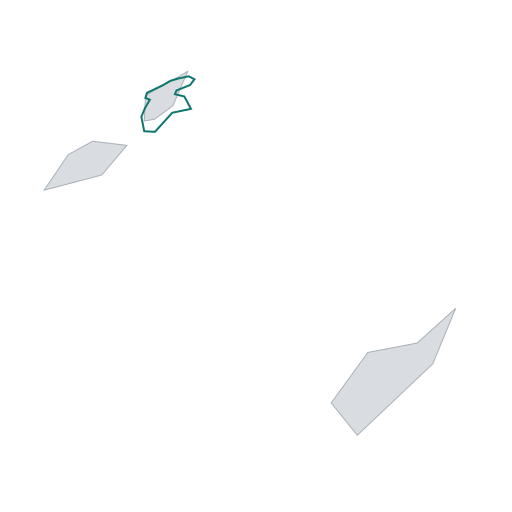 location of Saint John within United States Virgin Islands, rotated 318°
{"feature_id": "VIR-4869", "entity_name": "Saint John", "entity_type": "state/province", "adm_level": 1, "iso_a3": "VIR", "parent_name": "United States Virgin Islands", "parent_adm1": "", "projection": "robinson", "projection_center": [-64.723, 18.338], "detail": "fine", "context": "in_parent", "style": "outline", "palette": "teal", "viewbox_px": 512, "rotation_deg": 318, "n_neighbors": 0, "source": "natural_earth", "source_scale": "10m", "svg_char_len": 656}
<svg xmlns="http://www.w3.org/2000/svg" viewBox="0 0 512 512"><g transform="rotate(318 256 256)"><path d="M274.6,402.5L317.5,428.5L369.4,428.5L315.2,454.4L211.3,457.0L213.6,415.5L274.6,402.5ZM234.0,87.4L195.6,92.6L142.6,65.3L184.3,55.0L211.4,61.4L234.0,87.4ZM328.7,73.1L294.9,88.7L272.1,86.5L263.3,80.9L281.3,62.8L328.7,73.1Z" fill="#d9dde1" stroke="#a8b0b8" stroke-width="1"/><path d="M307.7,79.8L304.0,81.5L309.5,89.5L306.1,103.1L289.6,93.5L264.0,96.1L256.4,88.5L264.0,75.8L272.5,71.8L281.7,68.8L279.6,64.5L284.2,61.8L301.3,66.8L309.5,68.5L317.2,72.2L326.3,77.5L328.5,83.5L321.4,84.8L307.7,79.8Z" fill="none" stroke="#0f766e" stroke-width="2"/></g></svg>